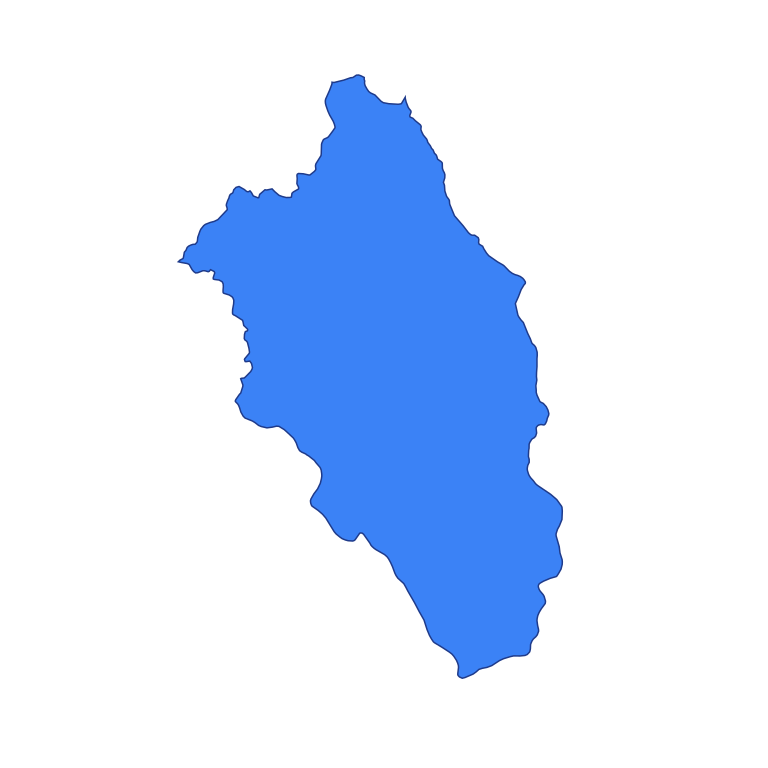 Tua Chua, Điện Biên, Vietnam, rotated 164°
{"feature_id": "81297802B50800303075237", "entity_name": "Tua Chua", "entity_type": "district", "adm_level": 2, "iso_a3": "VNM", "parent_name": "Vietnam", "parent_adm1": "Điện Biên", "projection": "equal_earth", "projection_center": [103.373, 21.971], "detail": "fine", "context": "isolated", "style": "filled", "palette": "blue", "viewbox_px": 768, "rotation_deg": 164, "n_neighbors": 0, "source": "geoboundaries", "source_scale": "gbopen_adm2", "svg_char_len": 6140}
<svg xmlns="http://www.w3.org/2000/svg" viewBox="0 0 768 768"><g transform="rotate(164 384 384)"><path d="M284.6,653.8L290.0,648.7L291.2,648.7L293.3,649.0L302.1,652.1L307.1,654.6L308.9,656.6L313.0,664.3L316.8,667.6L318.1,669.4L319.1,672.4L319.9,675.9L319.9,677.8L319.5,679.6L319.0,680.5L319.1,682.3L318.5,684.1L321.2,686.6L323.2,688.0L325.4,688.5L329.4,687.2L331.9,687.6L338.9,687.2L348.9,687.6L350.8,688.4L351.0,687.5L351.8,686.1L355.3,681.4L361.6,673.9L362.4,672.3L362.9,670.1L363.0,667.6L362.7,661.8L362.1,657.5L360.4,650.6L360.1,647.5L360.2,644.6L360.5,643.8L363.5,641.3L369.3,636.9L370.7,636.4L374.1,635.9L375.1,635.4L377.3,632.8L378.0,631.6L380.9,622.5L381.6,620.9L388.7,614.5L389.5,613.2L389.8,612.3L390.3,609.3L390.7,608.7L392.2,607.6L397.5,605.4L398.4,605.5L403.6,608.3L408.1,609.9L409.3,609.7L410.0,609.0L410.3,608.1L410.8,605.4L412.5,600.6L412.3,598.9L411.9,597.1L412.1,595.6L412.5,595.0L418.2,593.6L419.9,592.7L421.5,589.2L422.8,589.2L426.6,590.2L430.2,592.3L432.9,594.3L436.0,599.0L437.8,602.4L443.3,602.8L444.9,603.5L451.2,600.6L453.0,597.7L453.8,597.7L457.8,600.8L458.7,604.7L459.6,606.6L461.1,606.2L462.1,606.4L463.0,607.0L464.6,609.4L468.9,613.8L472.0,613.8L474.9,612.1L476.2,610.0L476.9,609.3L479.0,608.8L480.0,608.2L480.9,607.1L481.7,605.7L483.7,603.4L485.9,600.3L486.4,599.0L486.3,596.4L486.6,594.8L498.4,587.8L502.4,587.1L506.4,587.2L511.7,586.7L513.7,585.9L517.4,583.3L519.0,581.4L522.6,576.3L524.1,572.6L524.8,571.8L526.9,570.4L529.2,570.9L531.4,570.8L533.8,570.4L535.6,569.5L537.5,567.1L539.6,565.7L541.9,561.0L542.6,560.0L546.0,559.3L548.0,558.2L545.2,556.6L539.9,554.0L538.3,552.6L537.2,547.8L536.8,546.5L535.9,544.5L534.5,542.7L532.4,542.3L526.9,542.8L524.9,542.2L522.1,540.4L520.9,540.5L519.2,541.7L516.2,538.9L516.1,537.4L518.8,533.4L519.1,532.5L519.1,531.9L518.1,531.2L513.9,529.4L511.4,526.9L511.0,524.6L511.6,521.9L512.8,518.7L513.4,516.6L513.3,515.8L512.9,515.3L508.2,512.2L506.1,509.8L505.5,508.3L505.3,506.0L505.5,505.2L506.5,502.4L509.0,497.3L510.1,493.9L510.1,492.9L509.5,491.9L508.1,490.7L502.4,484.2L502.4,482.5L502.7,478.9L500.1,474.5L500.1,473.5L500.9,472.7L502.8,472.6L503.3,471.9L504.4,470.2L505.8,466.2L505.6,464.8L504.3,463.1L503.8,461.7L504.0,455.4L504.5,451.8L505.0,450.7L510.9,446.7L511.4,446.0L511.3,443.9L510.6,443.5L506.7,443.0L505.7,440.2L505.9,436.2L506.7,434.7L508.7,432.7L515.2,429.0L516.7,428.3L519.7,428.8L520.3,428.6L519.9,421.9L520.5,420.4L524.2,414.8L525.8,413.9L530.7,409.9L531.4,409.1L531.7,408.2L531.5,407.7L530.2,405.3L529.7,403.7L529.4,401.1L529.3,396.4L528.2,391.8L526.9,389.5L520.7,384.7L518.6,382.4L516.0,378.8L513.8,377.0L508.6,374.1L503.1,373.3L498.9,373.1L496.6,372.2L494.7,370.1L492.5,367.7L490.8,365.0L486.1,357.2L485.4,355.1L484.6,351.6L484.3,346.5L483.5,343.2L481.9,341.2L478.6,338.4L477.8,337.2L476.3,335.7L472.0,329.7L471.1,327.2L468.4,321.3L468.1,318.7L468.6,315.0L469.1,312.8L470.3,310.1L472.6,306.1L476.7,301.5L481.7,297.7L485.9,293.6L486.9,292.0L487.2,290.4L487.3,289.2L487.1,287.1L486.8,286.4L482.2,280.7L479.0,275.8L476.9,271.2L472.6,255.8L471.4,253.1L468.5,248.9L466.8,246.8L464.1,244.7L461.8,243.3L457.4,241.7L456.1,241.7L454.7,242.2L448.6,247.2L447.6,247.3L446.0,246.6L445.0,245.1L441.4,234.8L441.0,232.7L440.2,231.0L438.7,228.6L437.2,226.8L430.5,219.9L428.7,217.1L427.8,214.7L426.9,210.7L426.2,206.1L425.7,199.3L425.2,196.5L424.2,193.5L420.0,186.7L419.0,182.6L418.1,178.1L414.9,165.3L412.9,155.6L410.6,146.1L410.3,136.0L409.6,129.9L408.7,126.0L407.6,122.6L406.9,121.5L400.6,114.7L394.9,108.1L393.1,105.6L391.9,103.0L390.5,98.4L390.1,95.4L390.1,92.8L390.5,91.0L392.8,85.5L393.2,84.2L393.1,83.3L392.2,81.6L389.9,79.6L387.1,79.5L378.3,80.6L374.7,81.9L371.4,83.5L367.8,83.6L363.1,83.2L358.0,83.6L349.2,86.3L344.7,87.0L337.7,87.1L334.3,86.9L328.3,85.1L323.3,84.2L320.9,84.5L318.0,86.2L317.3,87.1L316.3,89.0L314.9,93.2L314.1,94.3L312.3,96.5L310.6,97.8L307.7,99.2L305.8,100.6L303.5,103.8L303.1,105.6L302.9,109.4L302.2,114.3L301.5,116.2L300.0,119.0L297.8,121.7L294.7,124.6L289.6,128.5L289.0,129.7L288.6,130.8L288.6,135.7L289.0,137.4L291.1,142.2L291.5,143.9L291.6,146.4L291.3,147.4L290.8,148.3L289.9,149.1L288.7,149.6L285.0,150.5L277.8,151.4L271.5,151.4L270.8,151.7L268.7,153.5L264.9,157.2L262.5,161.3L261.6,163.9L261.2,166.1L261.4,173.1L260.4,179.4L260.4,190.3L260.2,191.6L259.7,192.9L257.2,196.6L254.6,199.2L250.3,204.7L247.6,212.8L247.2,214.9L246.9,216.4L247.0,217.5L249.8,225.3L254.2,232.0L264.4,244.2L265.8,246.4L267.0,249.6L268.9,253.5L269.6,255.7L269.9,257.4L270.0,261.0L269.8,262.6L269.4,263.8L268.2,266.2L266.0,268.7L265.2,271.7L265.2,274.3L264.7,276.0L263.2,280.4L262.3,282.2L261.1,286.1L260.0,287.6L257.5,289.9L256.4,290.5L254.3,291.0L252.6,292.1L250.8,294.8L250.0,299.3L249.6,300.2L249.1,300.7L247.7,301.6L246.6,301.9L244.3,301.8L241.7,300.6L241.1,300.6L239.9,301.2L237.8,303.6L236.5,306.0L234.3,308.7L233.7,310.1L233.6,313.7L234.3,317.5L236.2,321.4L238.6,323.6L239.0,324.3L240.0,331.2L240.0,334.0L239.4,336.0L238.5,340.5L236.0,345.7L235.4,349.2L234.2,353.0L232.1,358.7L230.0,366.1L228.8,369.3L228.0,372.4L228.0,377.3L228.8,379.6L230.3,381.9L230.6,382.8L230.9,387.2L231.9,393.0L233.1,404.7L234.8,408.1L235.9,411.3L236.3,413.2L235.6,424.7L235.5,425.2L230.7,430.9L226.1,437.0L222.1,440.7L220.6,441.6L220.2,442.3L220.0,443.3L220.7,445.7L221.5,447.4L223.3,449.7L225.5,451.5L227.9,453.0L230.2,455.0L232.4,457.8L236.0,464.5L236.9,465.7L241.1,470.0L248.0,478.5L249.4,481.7L250.8,486.5L251.2,489.2L254.0,492.2L254.1,493.8L253.0,496.7L253.1,498.7L255.8,502.0L258.4,502.8L259.5,503.7L260.6,505.3L261.2,506.3L264.3,514.2L269.9,526.3L271.2,538.0L271.2,539.3L270.6,542.3L270.7,543.3L272.1,547.1L272.3,552.7L271.1,558.4L271.3,561.5L268.8,565.3L267.8,568.3L267.8,570.4L268.3,572.8L268.4,575.2L267.1,580.3L267.3,581.1L268.0,582.3L270.5,585.3L270.5,588.6L270.8,590.0L271.9,591.9L272.3,595.5L273.3,597.3L273.8,600.2L275.3,604.2L275.3,606.3L275.5,607.7L277.6,612.5L278.2,615.7L278.4,618.1L278.3,618.8L277.3,621.3L277.4,622.5L277.8,623.4L281.3,628.4L283.0,631.5L285.2,633.3L285.4,633.9L285.2,635.1L283.8,636.9L283.2,637.7L282.9,638.7L283.0,639.5L284.0,641.7L284.5,643.4L285.0,648.9L284.8,652.9L284.6,653.8Z" fill="#3b82f6" stroke="#1e3a8a" stroke-width="1.5"/></g></svg>